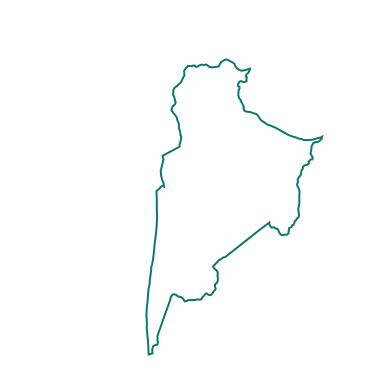 Jangada, Mato Grosso, Brazil (Mercator projection), rotated 321°
{"feature_id": "56859067B34050431146152", "entity_name": "Jangada", "entity_type": "district", "adm_level": 2, "iso_a3": "BRA", "parent_name": "Brazil", "parent_adm1": "Mato Grosso", "projection": "mercator", "projection_center": [-56.584, -15.33], "detail": "fine", "context": "isolated", "style": "outline", "palette": "teal", "viewbox_px": 384, "rotation_deg": 321, "n_neighbors": 0, "source": "geoboundaries", "source_scale": "gbopen_adm2", "svg_char_len": 4254}
<svg xmlns="http://www.w3.org/2000/svg" viewBox="0 0 384 384"><g transform="rotate(321 192 192)"><path d="M283.1,101.7L281.2,100.9L279.8,99.2L277.8,98.3L275.6,98.0L273.8,97.2L273.6,95.3L272.0,94.3L270.5,93.5L269.1,92.5L268.1,91.4L266.7,91.9L265.3,92.1L263.3,92.3L261.9,93.2L260.8,94.7L259.3,96.7L258.0,97.1L256.4,97.9L254.7,98.8L252.8,99.7L250.6,99.9L248.3,100.0L247.0,100.3L245.4,100.0L243.9,100.0L242.6,100.6L241.3,101.4L239.9,103.1L238.4,104.5L238.0,107.0L237.1,108.7L235.6,112.2L233.7,113.1L231.0,113.3L228.8,114.5L227.3,115.8L227.5,117.3L227.1,119.0L227.3,120.9L227.2,122.7L227.0,124.7L226.2,126.3L225.4,128.1L225.1,129.5L224.3,131.4L222.1,134.1L221.3,136.1L220.8,137.5L219.2,140.0L218.4,142.0L217.6,143.3L215.7,144.7L214.5,145.8L212.4,147.1L210.9,148.9L204.2,147.7L202.3,147.3L200.3,146.9L198.9,146.7L197.4,146.4L191.9,145.4L190.3,148.8L181.0,155.9L178.4,159.8L176.4,163.9L175.5,167.2L173.5,170.2L172.8,168.7L170.8,168.3L169.1,169.0L167.5,168.8L164.7,169.1L163.1,171.5L162.0,172.9L156.4,180.1L155.5,181.1L148.1,190.7L146.6,192.3L143.0,196.3L141.7,197.7L134.6,204.8L132.9,206.3L129.8,209.3L127.3,212.0L120.2,219.0L118.9,220.2L116.4,222.3L115.2,223.4L112.9,224.8L112.0,226.1L110.9,227.1L109.3,228.7L106.6,231.3L105.5,232.3L104.2,233.4L102.6,235.2L101.2,236.7L98.9,238.8L97.8,239.5L95.3,242.0L92.2,245.2L90.0,247.6L86.2,251.4L83.1,254.5L82.1,255.6L81.0,256.8L79.3,258.8L77.1,261.9L74.4,265.6L72.9,267.2L70.5,270.2L68.6,273.3L67.5,274.7L64.7,279.1L63.0,281.5L60.2,285.4L56.1,291.0L59.7,292.6L60.5,291.4L61.5,290.0L63.3,288.3L64.9,287.3L67.0,287.8L69.0,288.9L71.1,287.2L71.9,285.5L73.3,283.8L74.3,282.3L95.4,269.2L103.8,264.2L107.4,262.0L109.2,260.4L112.4,259.4L114.4,260.9L115.0,262.2L115.4,264.4L116.5,265.8L117.6,267.1L117.9,268.9L117.5,272.4L119.5,273.4L121.1,273.7L122.4,274.6L123.6,275.7L124.8,276.6L126.9,278.1L128.6,278.8L130.5,280.8L131.9,281.3L133.6,280.4L136.2,280.1L137.8,279.7L139.5,280.0L140.3,282.7L141.4,283.8L143.0,283.8L144.8,283.3L146.2,282.8L148.3,282.7L149.6,282.0L150.5,279.6L152.1,278.2L153.5,278.4L154.8,277.9L156.2,277.2L158.2,274.8L158.9,273.4L161.5,270.6L161.7,268.4L161.5,266.7L161.1,265.0L161.5,263.2L164.1,262.9L165.9,262.4L168.0,262.4L169.9,261.9L171.2,262.3L173.4,262.5L175.1,262.5L177.1,263.5L218.1,263.9L225.3,264.1L232.8,264.4L231.9,265.5L231.3,267.2L231.5,269.8L233.5,270.9L233.8,272.8L235.3,274.5L235.0,276.2L234.3,278.1L234.2,281.1L235.4,282.7L237.0,283.5L238.8,284.8L240.9,284.9L242.5,283.2L244.8,281.2L247.3,281.9L248.9,281.0L250.5,281.3L252.2,280.4L253.5,279.3L255.6,279.3L257.1,278.6L258.8,278.8L260.5,277.5L261.8,275.3L263.2,273.3L264.0,271.9L265.5,270.8L268.0,268.6L269.2,267.4L270.1,266.0L271.5,264.4L273.1,262.3L275.4,259.9L276.3,258.6L276.8,257.0L277.5,255.6L277.6,254.0L278.5,252.1L280.9,250.7L281.6,249.2L283.2,248.1L285.1,247.6L287.2,247.2L289.0,245.7L290.8,244.0L292.4,243.9L294.3,242.2L296.1,242.2L298.5,243.2L300.9,243.4L301.9,241.7L303.5,241.6L304.8,241.5L306.1,242.4L307.5,241.2L307.9,239.0L308.4,236.6L309.6,235.7L310.8,234.6L312.2,233.4L313.7,231.7L315.8,230.8L317.1,230.4L319.1,230.8L321.4,232.4L323.7,232.5L326.2,232.2L327.9,230.9L326.4,230.7L323.5,229.2L318.9,227.4L316.5,225.8L315.1,224.7L313.3,223.4L311.6,221.9L310.4,219.7L308.7,217.9L307.5,215.8L306.5,214.2L304.6,211.4L303.2,209.1L302.3,207.1L301.7,205.5L301.2,204.2L300.6,202.9L300.0,201.3L299.4,199.8L298.9,198.5L298.1,196.4L297.2,194.3L296.3,192.6L295.5,191.1L294.6,189.6L293.4,187.7L292.6,185.8L291.9,183.0L291.1,180.6L290.7,178.9L291.0,176.7L291.2,175.2L291.4,173.8L291.2,172.4L290.2,170.7L288.8,168.5L287.6,166.6L286.1,165.0L284.9,163.8L283.8,161.7L284.5,159.5L285.8,158.6L286.2,156.9L286.7,155.0L286.9,153.4L287.7,151.0L287.7,148.7L288.6,146.5L289.7,145.0L291.0,143.5L292.7,142.0L294.1,141.5L295.0,140.3L294.6,138.4L296.3,136.7L298.3,136.2L300.1,136.9L301.2,139.0L302.9,140.0L304.4,140.0L305.4,138.4L306.8,137.4L306.6,135.8L308.6,134.8L310.4,134.9L311.8,134.4L313.4,133.6L314.6,132.6L312.6,131.7L310.9,131.2L308.6,130.0L306.7,128.9L305.6,126.8L305.0,124.8L304.6,123.2L305.1,120.8L305.7,119.1L305.2,117.0L304.3,115.2L303.4,113.0L302.3,110.8L300.1,109.8L298.7,109.6L296.5,109.3L294.3,110.1L291.9,111.2L288.4,109.3L286.4,108.1L285.1,106.7L284.1,105.3L283.8,103.4L283.1,101.7Z" fill="none" stroke="#0f766e" stroke-width="2"/></g></svg>